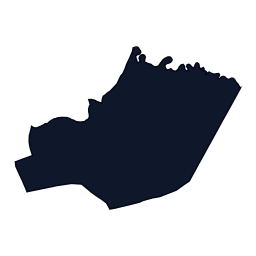 Yalimo, Papua, Indonesia
{"feature_id": "22746128B10188501962211", "entity_name": "Yalimo", "entity_type": "district", "adm_level": 2, "iso_a3": "IDN", "parent_name": "Indonesia", "parent_adm1": "Papua", "projection": "orthographic", "projection_center": [139.502, -3.785], "detail": "fine", "context": "isolated", "style": "filled", "palette": "ink", "viewbox_px": 256, "rotation_deg": 0, "n_neighbors": 0, "source": "geoboundaries", "source_scale": "gbopen_adm2", "svg_char_len": 3563}
<svg xmlns="http://www.w3.org/2000/svg" viewBox="0 0 256 256"><path d="M134.3,47.5L133.2,47.8L132.5,51.5L129.8,57.9L126.6,64.6L125.0,69.2L122.9,73.7L120.8,76.0L118.8,80.3L117.1,83.9L115.4,85.7L114.0,87.2L110.3,91.1L106.8,93.5L105.8,94.6L103.3,96.3L102.3,99.5L101.9,103.4L99.5,102.5L96.8,101.5L95.2,100.5L93.6,100.0L91.2,99.5L88.8,99.6L89.6,102.0L90.4,104.6L89.5,106.1L88.7,108.9L88.8,112.0L89.2,113.4L89.5,116.2L88.7,118.8L86.3,120.1L85.0,121.5L84.9,121.5L80.9,122.1L76.7,121.8L75.9,121.5L73.5,120.2L72.4,119.9L71.1,119.5L69.7,118.5L66.6,117.6L66.3,117.6L62.7,117.5L60.9,117.5L57.6,117.9L55.8,118.6L53.7,119.1L52.8,119.7L52.7,119.7L51.7,120.3L50.6,120.9L49.0,122.2L47.3,123.8L45.4,123.6L43.5,125.0L41.4,126.0L39.6,126.8L39.0,127.0L36.5,128.0L33.8,127.8L31.6,126.4L31.0,129.5L29.4,135.6L29.3,137.8L29.2,142.0L29.8,145.8L30.3,148.2L32.6,155.6L29.0,156.9L27.3,157.5L15.4,161.9L15.8,165.5L15.9,166.3L16.8,168.3L18.8,172.8L19.0,173.3L21.1,177.8L22.0,179.6L23.0,181.9L24.5,185.5L25.3,187.2L26.1,189.2L27.0,191.7L36.3,189.8L42.0,188.6L47.0,187.6L55.1,185.9L57.0,185.5L70.6,183.5L71.3,183.4L73.7,183.5L81.6,184.0L85.2,186.9L88.8,189.9L92.3,192.8L95.9,195.4L100.0,198.1L101.4,199.0L106.6,202.9L109.9,209.0L115.3,208.0L131.5,204.1L139.8,202.0L142.3,200.7L145.4,199.8L149.5,198.6L149.9,198.5L152.0,197.9L159.9,196.5L167.5,193.5L174.9,190.6L176.2,190.1L178.9,188.2L179.7,187.6L182.5,185.6L184.3,184.3L189.2,181.0L190.7,178.3L191.8,176.2L195.6,169.4L196.9,167.0L197.6,165.7L198.9,163.2L200.0,161.4L208.7,145.5L210.9,141.6L213.6,136.7L222.5,120.4L227.3,111.9L238.3,91.9L240.5,87.9L240.6,87.5L240.2,87.7L239.9,87.7L239.7,87.5L239.5,87.3L239.3,87.0L239.3,86.8L239.2,86.5L239.1,86.2L239.0,85.9L238.9,85.7L238.6,85.4L238.4,85.0L238.2,84.6L237.8,83.9L237.7,83.8L237.3,83.6L236.9,83.1L236.7,82.9L236.5,82.6L236.0,82.0L235.5,81.3L235.0,80.4L234.7,79.8L234.1,79.1L233.3,78.5L232.9,78.2L232.1,78.2L231.2,78.2L228.6,79.6L226.4,78.6L225.0,77.0L223.1,76.4L221.2,77.1L219.8,78.6L217.9,78.5L217.6,77.5L219.0,76.3L219.4,74.4L218.6,73.6L216.8,73.7L215.4,74.0L213.8,74.2L212.0,73.5L210.6,73.0L209.1,72.1L207.8,72.7L206.8,73.8L205.8,74.3L205.9,73.2L206.2,71.7L205.4,71.0L203.7,70.6L202.5,70.2L204.2,69.0L203.3,67.6L203.0,67.8L201.9,68.3L200.7,68.9L199.3,67.4L199.1,65.4L198.7,63.9L197.3,62.8L196.2,63.2L195.2,64.7L194.7,66.6L193.7,67.9L192.5,67.7L191.0,66.0L189.9,64.9L188.7,64.3L187.1,64.9L186.7,66.4L187.7,68.1L188.5,69.9L186.5,71.1L184.7,69.3L184.5,66.4L183.3,64.5L181.3,64.8L179.5,66.7L179.4,66.8L178.0,69.5L177.4,70.0L176.2,71.0L174.6,71.3L172.5,70.4L172.1,70.0L171.0,68.8L167.3,70.1L166.0,69.0L165.1,67.2L164.8,65.7L165.5,64.4L166.9,63.5L168.8,63.0L170.5,62.2L171.4,61.4L171.6,61.2L172.1,59.8L171.3,58.2L170.4,57.2L168.9,56.9L167.6,57.1L166.0,57.9L164.3,58.8L162.8,60.2L161.5,61.9L160.5,63.2L159.7,64.3L158.8,65.8L158.1,66.2L156.3,66.8L154.8,66.9L152.7,65.9L151.2,64.5L149.5,64.0L147.8,63.5L145.8,62.6L145.2,62.4L144.9,62.0L144.5,61.6L144.5,61.2L144.4,60.6L144.6,60.0L144.8,59.3L144.9,58.6L145.1,57.9L145.2,57.0L144.9,56.2L144.5,55.6L144.1,55.2L143.6,54.9L142.6,54.7L141.9,54.8L141.3,55.0L140.5,55.5L140.0,56.2L139.5,57.0L139.2,58.1L139.4,59.2L139.6,59.6L139.9,60.2L140.0,60.8L139.9,61.4L139.2,62.1L138.1,62.6L137.4,62.4L137.0,61.9L136.8,61.1L136.6,60.3L136.5,59.6L136.3,59.2L136.0,58.2L135.6,57.3L135.6,56.5L136.2,55.6L136.7,55.0L137.4,54.7L138.3,54.5L139.2,54.2L140.0,53.4L140.6,52.7L140.6,51.7L140.3,50.7L139.6,50.0L139.3,49.4L139.0,49.0L138.6,48.2L138.4,47.8L137.9,47.4L137.2,47.1L136.4,47.0L135.5,47.1L134.7,47.3L134.3,47.5Z" fill="#0f172a" stroke="#020617" stroke-width="1.5"/></svg>